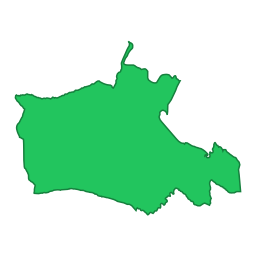 Bumba, Équateur, Democratic Republic of the Congo (Robinson projection)
{"feature_id": "63176286B7674321742221", "entity_name": "Bumba", "entity_type": "district", "adm_level": 2, "iso_a3": "COD", "parent_name": "Democratic Republic of the Congo", "parent_adm1": "Équateur", "projection": "robinson", "projection_center": [22.644, 2.675], "detail": "fine", "context": "isolated", "style": "filled", "palette": "green", "viewbox_px": 256, "rotation_deg": 0, "n_neighbors": 0, "source": "geoboundaries", "source_scale": "gbopen_adm2", "svg_char_len": 5774}
<svg xmlns="http://www.w3.org/2000/svg" viewBox="0 0 256 256"><path d="M128.4,41.3L128.9,42.5L129.3,43.0L129.5,43.7L129.4,44.6L129.1,46.2L128.4,47.1L127.0,49.8L125.2,54.0L123.2,58.4L121.5,62.7L121.4,63.7L121.7,66.1L121.6,68.9L121.4,69.6L120.9,70.0L120.8,70.9L120.0,72.0L119.7,72.3L118.8,72.4L117.4,73.9L116.8,75.6L116.6,76.8L117.1,78.6L116.0,80.6L116.0,83.1L113.4,88.0L112.7,87.8L112.1,87.2L111.9,86.2L110.6,85.2L107.3,84.8L105.2,84.2L103.5,83.6L100.1,81.9L99.2,81.0L98.0,81.0L96.6,81.7L93.7,84.1L92.1,83.9L89.7,85.8L88.8,85.9L87.8,86.3L87.0,86.4L86.1,86.8L84.5,86.9L83.6,87.7L82.9,87.9L82.5,88.2L81.5,88.1L80.6,89.1L79.1,89.6L78.4,90.2L75.4,90.3L74.7,91.1L74.2,91.3L73.7,92.0L72.4,92.0L70.3,92.5L69.4,92.5L66.9,94.1L65.7,94.0L64.8,94.3L64.1,95.3L63.8,95.5L62.7,95.4L62.3,95.6L61.9,95.7L61.2,96.3L60.3,96.5L58.2,97.6L57.0,98.0L56.3,97.9L55.6,97.6L54.7,97.7L54.5,98.0L52.9,97.2L52.6,97.2L51.5,98.5L50.9,98.6L50.6,98.9L49.7,98.5L47.1,98.0L46.3,98.1L45.3,98.6L44.4,98.2L43.9,98.2L42.0,98.9L40.1,98.0L38.9,97.9L38.3,97.5L36.7,97.5L35.7,96.6L34.7,96.5L33.3,95.6L32.9,95.2L32.4,95.1L31.7,94.6L31.3,95.0L27.5,94.3L27.2,94.0L26.6,94.1L24.6,95.1L22.5,94.9L21.7,95.2L20.7,95.1L20.2,95.9L19.9,96.0L19.0,95.5L18.7,95.8L17.6,95.7L16.4,95.0L15.7,95.7L15.4,97.7L15.5,98.2L17.4,101.3L17.9,101.5L19.4,103.2L19.8,104.0L21.0,105.5L21.8,105.9L23.0,107.2L23.5,108.2L24.7,109.0L23.8,112.2L23.1,113.7L22.4,116.8L21.6,117.9L19.3,122.5L17.6,124.3L16.8,126.1L16.6,127.6L16.7,129.1L17.4,131.7L18.0,133.3L19.6,136.7L19.6,137.3L20.9,137.8L22.5,138.8L23.4,139.2L23.5,139.6L23.7,143.6L23.8,149.1L23.9,160.4L24.3,166.7L24.6,168.0L25.6,168.8L26.6,170.9L27.4,172.2L28.5,174.9L28.6,178.6L29.0,179.8L30.1,180.6L31.1,181.6L32.6,182.3L35.1,185.2L35.2,185.7L34.7,187.5L34.4,189.3L34.4,191.3L34.1,192.5L34.2,193.3L36.5,193.5L38.7,193.6L41.1,193.1L42.7,193.1L43.0,192.8L44.3,192.5L44.9,192.7L45.9,192.8L48.1,192.4L49.9,191.4L52.5,190.9L53.8,190.2L57.4,189.8L59.6,189.9L60.3,190.2L61.6,189.7L62.5,189.7L67.8,189.3L69.1,188.7L69.2,189.0L71.0,188.5L72.4,188.7L73.8,189.0L74.4,188.9L78.0,189.5L80.1,190.1L80.4,190.3L83.5,190.4L86.0,191.5L88.8,192.0L89.8,192.3L92.4,192.6L94.7,193.7L94.6,193.8L95.0,194.1L96.4,194.2L97.0,194.5L98.0,195.7L100.0,196.2L101.7,196.3L101.8,196.8L103.3,196.7L106.6,197.6L107.8,197.7L113.9,199.5L116.9,200.9L117.2,201.3L124.0,202.9L127.2,204.3L129.3,204.3L130.2,204.7L131.8,205.7L136.0,210.5L136.7,208.4L137.5,207.9L138.4,208.8L139.8,208.8L140.1,209.1L140.9,210.4L141.4,210.6L142.8,210.3L143.8,210.8L144.6,211.8L145.7,212.5L147.6,214.7L148.0,214.7L148.7,214.2L150.1,212.5L150.9,212.4L153.0,213.4L153.7,212.7L154.7,211.2L155.3,210.9L156.4,210.9L156.8,210.6L157.8,208.4L158.4,207.8L158.9,207.7L160.2,208.0L160.6,207.3L160.7,206.0L160.4,204.9L160.9,203.8L161.3,203.5L162.1,203.5L162.9,204.0L163.7,205.0L164.3,205.0L164.9,204.4L165.5,202.9L166.0,202.4L167.1,201.7L167.2,200.8L166.8,200.4L166.8,200.0L165.5,199.1L165.3,198.8L165.5,198.3L166.0,197.7L166.7,197.4L167.6,196.4L168.3,195.9L170.2,196.2L170.3,195.7L169.8,193.9L169.9,193.3L170.6,192.5L171.4,192.4L172.8,193.9L173.2,194.1L173.7,194.0L173.9,193.6L173.5,192.1L174.0,189.9L174.7,189.3L175.1,188.5L175.6,188.2L176.7,188.2L178.0,189.0L178.8,189.2L178.9,190.2L179.9,190.4L180.7,191.3L182.0,191.7L183.6,193.6L184.6,193.9L185.4,194.4L186.0,195.1L186.5,196.5L187.6,197.5L188.0,198.6L188.4,199.0L190.3,200.1L191.2,201.4L192.6,201.4L193.3,202.2L193.6,202.8L193.8,204.0L195.0,204.8L195.7,204.8L197.6,205.7L199.3,205.8L200.2,205.7L203.0,203.8L204.7,203.1L209.5,205.2L209.9,204.1L210.6,203.1L210.3,201.4L210.6,199.5L211.2,198.5L209.8,194.9L209.9,193.4L209.5,191.4L209.6,190.6L210.4,189.6L210.5,187.6L209.7,184.6L209.6,182.9L210.1,181.3L210.8,180.4L211.5,179.9L211.9,180.0L213.4,181.5L215.3,182.7L215.6,183.3L216.3,184.0L217.0,184.4L218.5,184.7L220.8,186.2L221.3,186.6L222.3,186.6L222.7,186.8L223.1,187.6L223.7,187.8L224.8,188.8L225.5,189.0L226.2,190.1L226.7,190.4L227.3,190.7L227.9,191.6L228.4,192.0L229.6,192.7L231.4,192.9L232.7,192.8L234.3,192.8L235.6,192.1L236.7,191.6L240.6,191.6L239.1,174.6L238.5,169.6L239.8,164.8L239.1,162.2L236.9,159.6L236.3,158.3L235.6,157.6L233.7,157.0L230.4,154.5L229.9,154.3L228.8,153.2L227.3,152.2L226.5,151.3L225.7,149.7L223.5,149.6L223.3,149.7L222.9,150.8L222.6,149.8L221.2,147.6L220.7,147.2L219.7,146.7L218.7,147.2L218.3,146.4L217.7,145.4L217.0,145.4L216.7,145.2L215.4,142.9L215.0,142.6L214.6,142.8L213.9,144.4L213.9,145.5L213.6,147.3L212.6,148.8L212.5,149.4L213.2,151.0L213.0,152.1L212.5,152.7L212.1,152.8L211.1,152.8L210.3,152.1L209.9,152.2L209.8,152.4L210.0,153.5L209.7,154.3L210.0,155.6L209.8,156.9L209.0,157.6L207.3,157.7L206.9,157.5L206.5,156.9L206.0,155.4L205.5,155.4L205.0,155.8L205.1,155.1L206.2,154.7L206.7,155.3L207.3,155.5L207.6,155.3L207.9,154.5L207.8,154.1L205.0,151.3L203.0,149.8L201.1,148.7L198.2,148.0L198.1,147.8L196.1,147.3L194.2,146.4L192.8,146.2L191.4,145.5L187.3,143.0L185.6,142.8L185.1,143.1L184.6,144.1L183.5,143.3L181.9,143.2L180.7,142.7L178.6,141.3L176.6,139.2L161.5,121.7L160.0,119.7L159.1,117.2L159.2,116.3L159.9,114.6L159.8,112.3L161.1,111.0L162.2,110.3L163.4,110.3L165.3,111.2L166.5,112.6L167.2,114.9L167.6,111.7L167.8,104.6L168.8,103.3L171.2,99.8L175.6,90.5L177.0,86.7L180.1,80.8L179.1,80.8L177.6,79.2L176.4,78.6L175.8,76.3L175.4,75.8L174.6,75.9L174.2,76.2L173.1,77.7L172.1,78.2L169.2,75.0L168.0,74.6L166.3,74.4L164.0,74.6L162.2,75.0L160.5,76.3L156.6,82.6L155.0,83.0L153.1,82.7L151.2,81.9L148.5,79.9L147.7,78.0L147.7,71.3L146.3,69.6L145.2,68.9L144.0,68.9L141.3,69.5L140.1,68.4L138.3,67.7L137.8,67.7L135.9,66.6L134.8,65.7L133.5,65.1L128.1,65.1L126.0,64.9L124.8,64.5L124.0,64.0L123.6,62.9L125.3,58.5L127.3,55.8L128.1,53.7L129.3,51.7L130.8,49.8L132.0,48.7L132.6,47.8L132.7,46.6L132.7,45.1L132.2,44.0L131.3,43.2L129.9,42.6L128.4,41.3Z" fill="#22c55e" stroke="#15803d" stroke-width="1.5"/></svg>